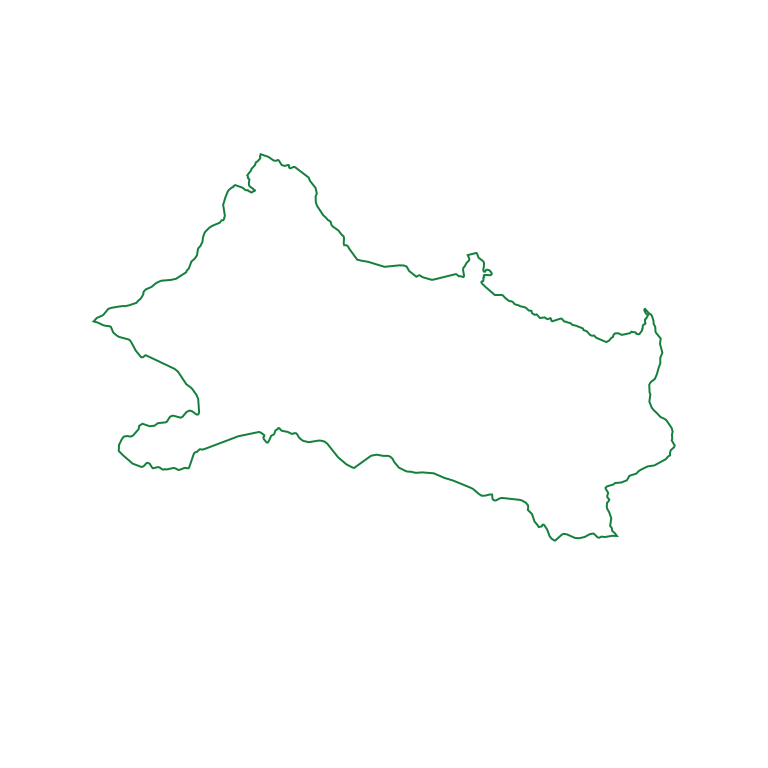 Manatuto, Manatuto, East Timor (Robinson projection), rotated 295°
{"feature_id": "22284137B59851217666313", "entity_name": "Manatuto", "entity_type": "district", "adm_level": 2, "iso_a3": "TLS", "parent_name": "East Timor", "parent_adm1": "Manatuto", "projection": "robinson", "projection_center": [126.03, -8.608], "detail": "fine", "context": "isolated", "style": "outline", "palette": "green", "viewbox_px": 768, "rotation_deg": 295, "n_neighbors": 0, "source": "geoboundaries", "source_scale": "gbopen_adm2", "svg_char_len": 6162}
<svg xmlns="http://www.w3.org/2000/svg" viewBox="0 0 768 768"><g transform="rotate(295 384 384)"><path d="M562.4,588.8L561.9,588.5L560.6,588.9L558.6,591.6L558.0,594.2L554.0,593.9L553.0,593.3L550.7,594.2L549.7,595.2L548.8,595.3L547.4,594.1L546.3,593.9L543.7,594.9L542.9,594.7L541.8,595.3L537.3,594.4L536.7,593.9L536.2,591.5L537.0,590.4L536.9,589.1L536.2,587.9L536.0,586.2L534.1,585.5L529.3,579.2L529.0,578.5L529.0,574.9L527.5,572.0L525.7,571.2L523.5,571.7L522.0,570.6L518.6,569.7L516.2,568.0L515.9,567.2L515.6,556.8L516.7,554.0L515.7,552.2L515.5,550.1L517.5,545.5L517.2,542.0L518.3,541.0L518.4,540.0L517.9,532.7L517.2,530.0L518.0,527.0L517.4,524.8L517.4,522.7L516.8,521.2L518.3,517.3L517.8,516.3L512.0,510.1L512.1,508.9L513.4,508.1L514.0,507.1L511.8,504.7L512.2,501.3L509.7,497.5L511.6,492.9L510.4,491.3L510.5,489.5L511.0,488.0L512.6,486.7L511.8,484.2L513.1,480.2L513.0,478.8L512.0,474.3L512.2,472.5L511.5,468.9L512.7,466.2L512.8,464.6L512.1,462.5L512.6,460.0L513.2,457.5L514.5,454.4L514.5,453.1L511.5,446.9L514.7,435.5L516.3,430.8L517.3,429.2L518.3,429.3L519.3,430.4L520.6,430.1L522.1,429.1L523.4,429.6L524.6,428.5L525.4,429.1L527.5,434.3L528.3,435.0L529.6,435.1L530.5,433.9L531.6,431.5L531.2,429.3L530.6,428.3L528.5,428.1L528.1,426.8L529.6,425.6L532.7,424.9L536.0,423.5L536.9,422.5L537.4,421.2L538.4,416.4L541.4,413.3L541.8,412.3L536.2,405.4L533.6,408.4L532.7,408.7L531.7,408.8L528.5,407.6L524.3,407.4L523.2,406.8L520.8,407.4L516.1,410.7L515.1,411.0L514.4,410.6L514.0,407.5L513.2,406.3L514.1,403.3L513.7,402.3L499.4,384.6L498.6,383.2L497.3,375.0L497.2,373.2L497.6,370.8L497.2,369.6L494.9,368.0L497.0,359.1L500.0,354.9L499.8,351.9L498.1,347.9L490.4,334.9L488.0,317.8L486.2,311.4L485.4,307.1L492.2,294.8L493.4,293.5L493.9,291.7L493.0,289.2L494.3,288.1L498.5,286.5L500.7,285.1L501.4,282.6L503.9,277.7L505.1,270.9L506.2,268.9L508.6,267.0L509.0,263.6L510.3,260.9L511.2,257.7L517.2,248.0L519.9,245.4L525.0,242.8L528.2,242.6L532.8,239.1L536.8,231.1L539.3,228.4L543.0,211.3L542.6,210.4L539.9,208.0L539.9,206.9L540.7,206.0L541.8,205.8L542.1,205.0L541.8,204.2L540.4,202.8L539.5,201.4L539.3,198.6L542.2,194.1L542.2,193.1L540.7,191.9L539.9,189.7L541.0,183.1L540.1,175.1L537.8,175.4L536.9,176.3L535.4,176.3L532.2,175.2L530.7,174.2L528.0,174.6L523.0,173.0L521.3,173.2L515.3,171.9L514.7,172.9L513.2,173.6L512.6,175.5L508.8,176.7L506.9,177.9L506.3,178.9L505.6,182.9L505.1,183.5L505.0,185.2L504.6,185.3L501.4,182.8L501.8,181.1L501.5,179.7L502.1,178.7L501.2,176.7L502.1,172.8L501.4,165.2L500.0,164.0L499.0,164.2L497.3,162.8L494.6,161.5L492.6,161.1L486.0,161.4L478.4,162.5L469.5,168.5L466.1,169.3L464.4,169.0L463.9,167.9L463.3,167.5L460.8,167.0L455.2,161.9L452.2,159.8L446.6,157.7L444.7,157.5L440.3,158.0L436.0,159.4L431.4,159.3L429.3,158.5L427.5,158.4L421.6,160.1L417.6,159.5L413.6,157.7L406.2,158.3L403.6,157.4L401.5,157.4L391.4,151.0L388.1,146.6L383.5,138.5L380.7,136.0L378.4,134.4L373.7,132.3L369.4,128.4L367.4,127.5L365.5,127.2L363.7,127.9L360.2,127.7L357.7,127.2L356.1,126.2L352.9,125.3L347.3,119.4L344.7,115.8L344.6,114.9L342.1,110.9L337.7,104.6L335.6,102.4L328.3,100.5L326.9,99.7L322.5,95.8L318.0,94.4L318.7,98.6L318.6,104.4L319.1,107.2L320.4,111.0L320.3,112.4L316.2,116.9L315.0,121.2L314.7,124.1L316.4,133.5L316.3,134.9L315.4,136.8L309.4,144.8L305.6,152.6L306.5,154.3L309.2,155.6L309.4,156.6L309.2,187.8L308.1,192.1L300.2,205.0L299.1,210.8L298.3,212.6L294.9,218.6L291.8,222.0L280.0,228.5L277.9,228.5L277.1,227.1L278.2,221.5L277.7,218.9L275.0,216.8L269.3,215.3L267.6,214.1L266.2,206.3L265.4,205.2L263.9,203.9L258.3,203.2L256.9,202.2L253.0,195.7L249.4,193.7L248.6,192.9L248.2,191.7L246.7,189.6L245.9,181.9L242.6,179.8L239.4,180.7L231.2,178.3L229.3,176.7L228.3,173.3L226.3,170.3L222.7,169.7L216.8,169.6L211.2,171.9L209.1,177.6L205.6,189.9L206.3,199.2L207.6,200.8L211.9,202.2L212.7,203.0L212.7,205.4L210.4,208.9L210.0,210.2L213.3,214.5L213.5,215.9L212.9,219.4L213.4,220.7L214.2,221.3L214.6,223.0L219.1,228.9L219.4,231.0L219.1,233.5L219.8,235.0L223.2,238.2L223.9,239.1L224.5,241.4L225.1,242.4L225.9,242.7L240.7,241.1L242.4,241.8L243.4,243.1L247.0,244.6L247.9,247.3L250.1,249.7L275.2,274.2L287.7,291.0L287.9,292.7L287.1,297.0L286.1,297.6L284.8,297.1L283.2,298.5L281.4,302.2L281.8,303.4L284.4,303.8L289.3,303.6L291.7,305.4L292.6,305.6L296.0,305.2L298.0,306.5L299.2,306.7L299.7,307.8L298.5,310.6L298.5,311.6L299.9,317.0L299.8,320.9L300.1,322.2L301.3,323.2L302.2,324.9L301.8,326.4L299.4,329.9L298.4,333.7L298.4,335.3L299.5,340.5L305.0,348.5L306.0,350.8L306.7,354.2L306.0,357.7L298.2,373.3L295.3,383.8L295.0,390.7L295.3,392.4L313.5,402.6L316.8,407.1L318.5,413.5L320.5,417.9L320.8,419.1L320.5,421.7L319.6,423.7L317.6,426.3L314.5,432.8L314.3,440.6L314.6,442.5L315.8,445.2L316.9,450.3L320.1,456.1L324.1,466.9L324.4,478.3L325.7,487.5L326.6,505.9L326.5,509.1L324.5,516.2L324.0,519.8L325.6,522.9L328.8,526.9L329.5,528.7L325.7,531.0L325.2,531.9L325.3,533.9L325.8,534.7L329.4,537.4L330.7,539.3L336.5,556.4L336.7,558.5L336.4,562.6L334.8,565.9L333.2,566.8L330.7,567.5L328.7,573.1L323.0,578.5L320.8,583.2L319.7,584.7L321.7,587.2L323.3,587.1L324.0,588.0L323.8,588.9L321.0,593.4L316.1,598.4L314.7,601.1L314.2,604.3L314.3,605.2L322.7,608.9L324.1,610.1L325.0,613.1L325.2,622.0L326.6,625.9L330.1,630.5L334.8,633.9L336.7,636.5L337.0,637.3L335.3,642.4L335.6,644.0L337.6,645.6L338.6,648.8L342.9,655.0L344.7,659.3L346.3,656.4L347.3,652.9L349.7,651.3L351.0,648.9L358.4,646.7L363.1,642.1L365.0,639.3L366.8,637.8L370.4,636.4L372.9,637.1L374.5,637.0L375.8,634.2L377.5,633.4L379.5,633.4L380.4,632.8L382.7,629.1L383.7,628.6L385.7,629.6L389.8,634.3L392.0,635.4L395.0,640.7L399.3,644.8L404.5,645.2L409.5,650.6L412.6,651.6L414.8,653.0L419.5,656.7L420.9,658.0L424.4,663.4L435.0,671.2L438.6,672.2L440.3,673.4L442.7,672.2L445.3,671.9L449.2,673.6L451.1,673.5L454.5,668.6L456.2,668.4L459.7,666.4L462.7,665.8L465.6,663.4L470.6,655.1L471.0,652.0L470.9,648.5L472.9,643.8L474.2,639.7L475.6,636.8L480.1,632.0L487.3,629.7L488.4,628.4L495.4,624.7L498.4,624.9L502.9,627.3L508.1,627.2L515.3,626.0L519.5,625.7L524.5,623.3L530.0,623.1L537.0,617.2L542.1,615.6L545.5,608.7L546.2,607.9L550.4,605.7L552.5,602.9L555.1,601.6L558.4,598.6L559.6,597.2L560.2,593.9L562.4,588.8Z" fill="none" stroke="#15803d" stroke-width="2"/></g></svg>